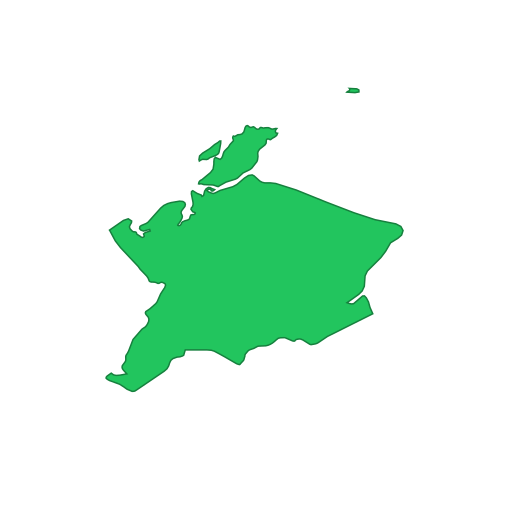 the border of Kalimantan Selatan, rotated 223°
{"feature_id": "IDN-1234", "entity_name": "Kalimantan Selatan", "entity_type": "Province", "adm_level": 1, "iso_a3": "IDN", "parent_name": "Indonesia", "parent_adm1": "", "projection": "mercator", "projection_center": [115.815, -3.094], "detail": "fine", "context": "isolated", "style": "filled", "palette": "green", "viewbox_px": 512, "rotation_deg": 223, "n_neighbors": 0, "source": "natural_earth", "source_scale": "10m", "svg_char_len": 4968}
<svg xmlns="http://www.w3.org/2000/svg" viewBox="0 0 512 512"><g transform="rotate(223 256 256)"><path d="M380.8,175.0L377.2,191.6L374.8,196.1L370.8,196.8L369.8,195.4L369.3,193.1L368.5,191.0L366.7,190.0L363.8,189.8L362.5,190.0L361.9,190.3L360.9,191.2L360.2,191.5L359.5,191.5L358.9,191.2L358.4,190.9L358.0,190.7L354.4,191.4L353.0,191.5L351.8,192.0L351.2,193.0L351.1,194.1L351.5,194.5L353.3,195.4L353.0,197.6L350.4,202.1L351.9,202.9L355.3,197.5L358.0,196.4L359.8,196.6L361.0,198.4L360.7,200.0L358.5,204.9L358.0,207.0L358.4,226.0L357.9,230.1L356.4,234.0L354.5,237.2L349.3,244.0L346.7,246.0L344.5,246.4L342.9,245.6L341.8,243.8L341.3,238.6L341.0,237.7L340.6,236.9L339.7,236.1L337.9,235.4L336.8,234.7L335.9,233.2L335.2,230.8L334.7,228.2L334.6,226.0L334.2,225.1L333.6,225.2L332.8,225.9L332.3,227.1L332.4,227.7L333.0,229.7L333.0,230.9L332.0,233.3L330.6,235.5L329.9,237.7L331.2,240.3L331.6,241.7L330.8,242.8L329.7,243.9L329.3,245.2L329.8,246.1L330.7,246.0L332.3,245.2L335.4,245.8L336.1,247.1L336.1,248.8L337.2,250.9L338.8,252.4L345.7,257.4L347.1,259.2L346.8,260.6L341.8,261.6L337.5,263.3L336.1,262.7L335.6,264.5L337.8,268.4L338.3,271.1L337.6,273.7L336.2,274.8L334.1,275.3L331.5,276.4L331.7,274.7L332.4,273.5L333.4,273.2L334.6,274.1L335.3,273.4L336.1,272.6L336.6,270.4L334.8,270.4L331.2,271.8L329.8,272.6L328.7,274.7L327.0,279.4L320.2,290.9L318.7,295.3L317.6,305.1L316.4,309.8L314.1,312.7L312.0,313.3L304.6,313.4L302.0,314.0L299.5,315.4L295.2,319.4L291.0,322.5L271.6,331.7L241.9,343.1L213.9,354.4L193.6,363.8L175.6,374.9L170.2,376.4L165.8,374.9L163.8,370.6L164.3,365.8L166.6,357.4L164.4,347.8L163.6,340.0L164.3,321.0L162.7,315.9L156.1,307.7L154.5,302.8L154.7,298.0L157.6,283.9L155.3,284.9L153.4,286.1L152.1,287.7L150.8,299.4L149.5,300.8L146.7,300.6L142.4,299.1L137.5,296.1L131.2,293.4L148.9,245.9L151.4,235.0L151.9,233.6L152.6,232.3L155.2,228.8L155.8,228.4L156.6,228.1L164.3,226.6L166.5,225.8L167.2,225.3L167.9,224.7L169.1,223.2L169.6,222.3L169.8,221.5L169.7,220.2L170.3,219.5L171.4,218.8L178.9,216.1L179.6,215.6L180.4,214.8L182.4,212.8L183.6,211.0L184.0,208.5L184.2,206.1L184.6,203.6L185.3,201.2L186.3,199.0L187.6,197.0L192.7,191.8L193.2,191.0L194.6,186.9L196.4,183.6L196.9,182.4L197.1,181.2L196.9,177.4L196.7,176.3L196.2,175.6L195.7,175.0L195.2,173.9L194.2,172.0L193.9,171.0L193.9,167.3L193.9,166.4L193.8,165.8L194.0,165.3L195.1,164.7L196.7,164.0L210.2,160.9L216.6,159.3L221.7,157.9L224.4,156.6L227.9,153.8L243.7,139.1L241.2,134.1L241.6,132.7L242.8,130.5L244.8,128.2L246.8,124.3L247.1,121.7L246.3,119.0L244.9,116.0L244.2,112.8L244.6,109.0L251.9,76.9L252.5,74.6L253.3,73.5L254.3,72.5L259.5,70.6L260.2,70.5L263.5,70.1L268.3,69.2L278.2,65.0L280.7,64.4L282.3,64.4L282.9,65.2L283.0,66.7L282.0,71.6L279.2,71.9L277.9,72.6L276.6,73.5L274.2,76.1L270.1,81.7L275.1,82.1L276.9,82.5L278.2,83.4L279.0,84.7L279.4,88.2L279.7,90.1L280.6,91.5L282.6,93.5L283.3,94.7L283.7,97.2L284.4,99.7L289.0,111.1L289.5,124.5L289.1,126.6L288.7,127.9L288.6,129.9L288.9,131.9L289.9,135.0L291.4,136.9L293.2,137.8L296.6,138.2L298.1,138.9L298.7,140.2L297.6,144.9L296.8,152.9L297.1,155.2L299.9,163.2L301.0,169.4L301.1,170.3L301.4,171.1L302.2,172.9L302.9,173.4L303.7,173.7L306.2,173.0L307.3,172.3L307.9,171.2L308.3,169.9L309.0,169.1L311.3,168.3L312.6,167.5L314.9,165.5L315.9,165.0L317.0,164.9L320.0,166.3L322.3,166.8L331.7,167.3L335.0,168.0L360.7,169.7L369.2,171.1L380.3,174.9L380.8,175.0ZM351.1,324.8L351.8,325.5L353.5,326.4L354.1,327.1L354.4,328.3L353.0,329.1L352.0,332.3L350.6,333.8L349.5,335.6L349.5,338.4L350.2,339.9L351.6,342.6L351.9,344.2L351.4,345.4L350.4,345.8L349.1,345.8L348.1,346.0L347.1,346.9L346.6,347.9L346.0,348.8L344.7,349.1L343.1,349.1L342.1,349.3L341.3,349.8L340.6,350.6L340.4,351.2L340.5,352.6L340.2,353.3L339.6,353.7L337.9,354.6L337.6,354.8L337.2,355.5L336.4,356.4L334.6,358.2L333.6,358.7L331.4,359.4L330.4,360.1L328.6,362.7L327.7,363.4L327.6,361.6L326.7,360.2L325.4,359.6L323.9,360.5L323.1,358.2L323.5,355.8L324.3,353.3L324.7,351.0L325.2,350.6L326.2,350.3L327.2,349.7L327.7,348.7L327.4,347.7L326.0,346.0L325.5,345.3L325.2,343.3L326.2,336.6L325.8,334.0L324.9,332.4L322.4,330.1L320.4,327.3L319.7,325.6L319.0,317.3L319.4,315.0L322.1,308.0L322.7,300.4L323.4,298.3L328.3,289.6L330.6,282.6L330.8,281.3L331.5,280.6L335.2,279.0L336.4,278.2L342.9,272.6L344.7,271.8L345.7,271.1L346.5,270.0L347.2,269.6L348.1,271.1L348.3,272.5L348.1,273.7L347.6,275.0L346.2,285.9L346.6,290.2L349.5,294.5L351.2,296.3L352.8,298.5L353.0,300.4L348.1,302.2L347.9,304.3L348.7,306.6L349.5,308.1L350.4,310.1L350.6,312.0L350.4,316.8L351.0,319.5L351.1,320.6L351.1,324.8ZM361.7,288.8L362.2,286.8L363.5,287.6L365.5,290.7L365.2,294.9L363.0,303.0L362.3,309.2L361.2,313.2L361.0,315.3L360.2,316.1L358.5,314.1L354.3,307.5L353.5,306.0L353.4,304.3L354.1,302.0L356.9,296.2L357.2,294.2L357.9,292.9L361.0,290.3L361.7,288.8ZM300.6,440.6L300.7,441.1L301.0,441.7L301.4,442.3L301.9,442.3L296.3,447.0L294.0,447.6L292.6,446.2L295.0,443.0L301.3,437.8L301.3,438.5L300.7,439.9L300.6,440.6Z" fill="#22c55e" stroke="#15803d" stroke-width="1.5"/></g></svg>